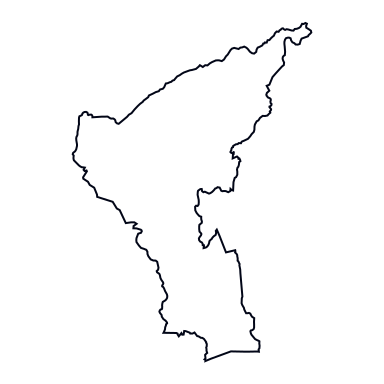 the district of Tonayán, Veracruz, Mexico
{"feature_id": "50627088B6451508023374", "entity_name": "Tonayán", "entity_type": "district", "adm_level": 2, "iso_a3": "MEX", "parent_name": "Mexico", "parent_adm1": "Veracruz", "projection": "natural_earth1", "projection_center": [-96.914, 19.72], "detail": "fine", "context": "isolated", "style": "outline", "palette": "ink", "viewbox_px": 384, "rotation_deg": 0, "n_neighbors": 0, "source": "geoboundaries", "source_scale": "gbopen_adm2", "svg_char_len": 5944}
<svg xmlns="http://www.w3.org/2000/svg" viewBox="0 0 384 384"><path d="M205.5,361.0L211.0,358.7L230.9,351.4L246.6,351.7L257.1,351.5L258.9,351.7L258.6,349.4L259.4,348.3L259.6,345.7L259.3,343.6L259.4,341.3L258.5,340.7L257.6,340.4L255.1,339.1L251.4,334.6L250.8,333.1L250.4,331.2L250.8,330.5L252.4,330.1L253.7,329.0L254.1,327.5L254.1,324.3L254.0,321.9L254.2,318.1L252.1,316.8L251.2,315.5L250.3,313.6L248.9,312.9L247.6,313.2L246.1,313.2L244.3,309.6L243.9,307.8L242.4,305.3L241.6,303.3L241.8,298.3L242.4,296.6L240.4,273.3L240.2,269.5L239.4,265.3L239.6,264.0L238.9,262.7L238.4,261.4L237.6,260.7L237.7,258.8L237.5,257.3L237.3,256.7L237.2,255.1L236.5,253.8L235.1,252.5L235.4,251.2L235.2,250.2L226.0,252.4L219.5,235.8L216.8,229.6L215.8,230.9L216.1,232.2L216.0,233.6L215.6,235.0L213.8,236.2L212.4,237.7L211.7,239.0L210.6,239.8L209.4,241.2L209.2,242.6L208.6,244.5L207.4,246.3L206.4,247.2L205.5,247.6L203.6,248.1L203.7,246.8L204.0,246.2L203.9,245.2L202.7,245.1L202.6,243.6L201.8,242.4L200.2,241.6L199.1,240.1L198.9,238.3L199.7,237.0L201.0,235.3L201.4,234.0L200.9,233.1L199.5,231.6L199.2,229.0L199.2,226.2L199.4,224.8L201.8,222.8L201.9,221.3L201.3,219.6L201.2,218.3L201.2,216.7L199.4,216.1L197.9,214.5L196.6,212.9L195.3,210.4L195.1,206.8L196.1,205.7L197.6,206.0L198.6,204.6L198.8,202.3L198.7,199.9L197.6,194.8L197.8,191.8L198.1,190.7L200.3,189.1L201.7,189.0L202.1,191.2L203.4,192.2L204.8,191.7L209.0,193.6L210.4,193.1L212.2,191.9L213.9,190.2L215.2,188.5L216.5,188.1L217.5,187.2L219.7,187.6L221.2,190.7L222.3,191.2L223.9,191.0L225.8,191.1L228.2,192.2L230.3,191.1L230.5,188.9L231.8,190.1L233.1,190.5L233.5,182.1L234.7,177.9L236.1,177.1L237.3,174.7L237.3,171.6L237.0,169.6L237.5,167.6L238.3,166.8L238.9,164.8L239.2,162.0L240.4,161.2L240.1,159.9L239.4,158.5L238.5,158.8L238.1,157.5L237.0,156.5L232.7,158.4L233.0,154.3L233.6,154.2L233.9,151.5L232.6,153.4L231.0,152.7L230.4,152.0L231.3,150.2L231.5,148.7L232.0,147.6L233.0,147.2L233.2,145.9L235.9,144.3L237.7,144.1L238.7,143.1L241.0,143.2L241.3,142.3L242.0,141.5L243.8,140.8L248.0,138.8L250.2,136.3L251.6,134.2L253.8,131.9L254.4,129.7L254.5,126.5L254.9,124.5L256.7,121.3L258.4,120.4L260.0,117.9L262.6,115.9L265.1,116.0L267.5,115.5L268.6,114.2L270.3,112.7L269.8,111.4L270.5,110.7L271.0,110.0L271.1,109.2L270.1,107.9L269.4,107.0L269.5,106.5L270.4,106.2L271.4,105.1L271.5,104.5L271.5,103.9L271.0,103.5L270.6,103.0L270.5,102.3L270.4,101.4L270.7,100.6L270.8,99.8L270.7,99.1L269.8,98.2L268.7,97.8L267.7,97.3L267.4,96.5L266.7,95.9L266.3,94.8L266.9,92.9L269.3,90.7L266.7,85.8L269.4,84.7L272.5,77.1L275.8,73.3L282.0,66.5L283.8,65.1L284.1,62.5L283.2,60.7L282.6,58.8L282.8,57.1L283.7,55.8L284.8,55.2L285.1,51.8L284.7,46.6L284.4,43.9L284.4,41.9L285.0,39.7L286.0,38.2L287.6,37.7L289.0,37.6L290.6,38.3L291.1,40.3L292.4,42.3L294.4,43.2L295.6,44.5L297.8,44.6L299.7,44.0L300.6,40.7L301.6,38.6L308.0,36.3L308.6,35.1L310.2,33.7L311.3,32.5L310.9,30.7L308.6,29.1L306.3,27.7L306.1,26.0L306.9,23.7L305.4,23.0L303.6,24.0L302.1,23.8L300.5,26.8L298.9,28.0L296.8,28.8L294.7,29.0L293.5,30.6L291.7,30.5L288.3,29.5L286.6,29.2L285.1,29.9L283.8,29.2L282.9,28.3L281.6,28.7L280.6,29.8L279.6,30.3L278.6,31.8L276.6,31.5L274.9,33.3L273.9,35.7L272.6,36.7L270.9,38.3L269.4,40.1L267.6,40.2L266.7,42.6L264.8,42.5L264.5,43.4L263.3,43.5L262.3,45.4L259.9,46.7L257.7,47.6L256.6,49.6L256.2,51.9L254.1,53.6L252.0,53.2L249.9,51.7L247.8,49.0L246.4,47.7L244.2,46.6L242.2,47.4L240.4,47.6L238.6,49.0L234.2,47.9L232.0,48.6L230.5,50.1L227.7,54.6L226.0,56.3L224.0,59.5L221.8,61.1L218.9,60.3L215.9,60.4L212.0,62.1L209.8,63.4L207.5,65.4L205.2,65.2L202.8,67.0L199.9,65.2L198.7,66.6L196.0,68.9L191.9,70.0L189.9,70.3L183.9,72.5L181.8,73.7L179.7,75.2L177.2,76.4L175.1,78.8L174.1,80.1L172.5,80.6L171.3,81.8L169.6,82.3L167.7,83.2L165.8,83.5L164.2,87.2L162.8,88.8L160.0,89.5L158.8,91.2L155.8,92.1L152.8,93.7L148.9,95.5L148.2,97.2L143.6,100.6L142.8,101.8L140.0,103.9L137.7,106.1L134.6,109.4L131.5,113.2L128.9,114.7L127.1,116.8L118.7,123.8L117.1,123.4L115.7,122.2L115.2,120.1L114.4,119.2L113.2,118.5L111.6,118.6L110.4,118.4L107.7,116.6L101.3,116.7L92.4,117.3L92.4,116.2L92.1,115.3L91.2,114.6L89.6,114.7L88.4,115.1L87.9,114.8L87.8,113.8L87.4,112.6L86.1,111.9L84.5,112.0L83.3,112.6L82.4,113.6L82.1,114.8L81.6,115.3L79.4,116.3L79.0,117.7L78.9,121.4L79.0,124.5L78.5,126.0L78.2,129.0L77.8,130.5L77.5,131.9L77.5,134.3L77.2,135.6L76.5,136.8L76.2,138.3L76.3,140.3L77.0,144.3L77.0,145.9L76.2,149.4L75.1,151.3L73.2,152.8L72.7,154.2L73.7,155.6L73.5,157.2L73.5,158.8L73.9,160.3L78.9,165.4L80.2,166.4L81.7,167.2L83.6,167.4L84.8,167.6L83.6,169.8L84.6,171.0L86.5,170.5L86.9,171.3L83.1,177.3L83.3,178.7L88.0,181.8L89.7,184.9L94.2,187.7L97.0,194.6L97.2,196.9L112.7,201.8L116.8,208.5L119.7,210.1L125.8,223.1L131.3,222.3L134.3,222.3L136.6,223.8L133.6,226.0L133.4,228.3L136.5,228.4L140.8,229.7L141.5,230.3L141.8,231.2L141.0,232.8L138.2,233.7L136.5,238.1L136.3,240.1L136.5,242.1L138.9,245.5L141.0,247.9L143.8,248.8L146.3,249.8L147.4,251.7L147.5,254.1L148.4,256.3L150.7,259.4L153.3,260.5L155.7,260.6L157.2,261.8L158.5,267.7L158.1,269.7L156.7,271.1L157.1,272.3L159.3,273.8L159.9,275.2L160.4,277.9L161.3,279.8L163.1,282.4L163.3,283.5L163.0,284.3L162.2,285.4L162.2,286.4L163.2,287.0L164.0,288.3L165.1,291.1L166.9,294.3L167.3,296.0L167.1,297.9L166.2,299.5L165.0,300.6L162.8,301.9L162.4,303.2L162.1,305.2L162.2,306.4L162.1,308.6L161.8,309.2L160.6,309.5L159.8,310.4L159.4,311.7L160.0,313.0L161.6,315.0L161.8,316.7L162.7,318.0L163.3,319.0L165.6,320.7L167.0,322.5L167.1,323.4L166.1,324.2L165.9,325.5L165.2,327.2L165.0,329.3L164.1,331.6L163.5,332.8L176.4,333.0L177.6,333.6L177.6,334.4L178.8,336.3L181.4,333.1L182.2,334.7L183.6,334.6L184.2,331.0L185.6,331.1L189.8,332.7L190.2,333.5L192.6,333.5L194.5,332.5L197.2,336.1L198.5,336.3L200.9,337.8L202.4,337.9L204.0,339.0L206.1,342.0L206.0,342.3L206.4,343.3L206.6,343.4L206.8,344.2L206.7,346.4L206.2,347.5L206.5,349.0L206.5,350.8L207.2,352.9L206.3,353.6L205.1,354.9L205.5,358.3L204.5,359.4L205.7,360.1L205.5,361.0Z" fill="none" stroke="#020617" stroke-width="2"/></svg>